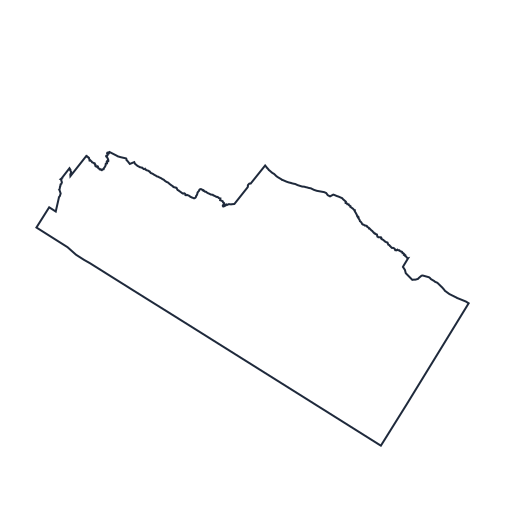 Goyder, South Australia, Australia, rotated 122°
{"feature_id": "25037944B76718204715141", "entity_name": "Goyder", "entity_type": "district", "adm_level": 2, "iso_a3": "AUS", "parent_name": "Australia", "parent_adm1": "South Australia", "projection": "albers", "projection_center": [138.943, -33.716], "detail": "fine", "context": "isolated", "style": "outline", "palette": "slate", "viewbox_px": 512, "rotation_deg": 122, "n_neighbors": 0, "source": "geoboundaries", "source_scale": "gbopen_adm2", "svg_char_len": 6053}
<svg xmlns="http://www.w3.org/2000/svg" viewBox="0 0 512 512"><g transform="rotate(122 256 256)"><path d="M243.6,415.1L243.3,416.6L242.8,416.9L242.4,417.3L242.1,417.9L244.0,423.4L244.7,426.0L244.8,426.3L244.7,426.9L245.4,434.9L245.4,435.4L245.7,435.6L247.0,435.1L247.3,435.2L247.4,435.4L246.9,436.3L246.9,436.6L247.1,436.8L247.5,436.8L247.8,436.7L247.9,436.1L249.0,435.3L249.6,435.3L249.9,435.8L250.3,436.1L250.9,435.9L251.1,435.5L251.1,434.9L251.8,433.5L252.7,432.3L253.6,431.6L253.9,431.5L254.0,431.7L254.0,432.5L255.0,432.6L255.4,432.1L256.4,431.4L256.5,431.5L256.8,432.1L257.2,432.3L257.8,432.2L258.4,431.7L259.2,431.5L260.5,431.4L262.3,431.5L262.8,431.3L263.2,431.2L263.4,431.4L263.6,431.8L263.8,432.0L264.5,432.1L264.9,432.2L264.9,432.3L265.0,432.6L264.7,433.2L264.7,433.6L264.8,433.8L265.3,434.0L265.4,434.5L264.9,435.1L265.1,436.1L264.8,436.7L264.8,437.5L264.6,437.6L264.2,437.4L263.9,437.5L264.0,438.4L264.4,438.7L264.7,438.9L264.9,439.3L264.9,439.7L264.2,440.5L263.7,440.6L263.7,441.1L263.6,441.4L263.2,441.5L262.9,441.8L262.9,442.2L263.1,442.6L263.3,444.3L263.4,444.7L263.0,445.3L262.9,446.1L262.6,447.2L263.2,447.5L263.3,447.7L262.3,448.6L261.3,449.7L261.5,450.1L261.1,450.8L261.2,451.4L261.3,451.6L261.4,451.8L261.2,452.2L260.8,452.7L260.9,452.9L286.6,455.7L285.2,456.7L283.4,457.0L282.7,457.3L281.7,459.1L281.2,459.1L280.4,460.7L292.3,461.9L292.4,461.7L294.4,462.4L294.3,461.5L295.1,461.2L296.3,459.7L297.9,459.3L298.8,459.7L299.3,459.5L300.1,459.0L300.5,459.1L301.2,458.9L301.3,458.8L303.9,457.8L304.1,457.9L304.2,457.6L306.5,454.8L309.2,454.1L310.6,454.3L310.9,454.1L324.4,449.4L324.3,457.2L348.2,457.3L348.4,420.5L350.3,409.3L350.4,399.6L350.1,392.8L350.2,341.2L350.2,285.6L350.5,125.6L350.7,49.6L302.5,49.6L183.4,50.6L183.4,54.0L184.9,62.5L185.1,63.1L185.0,63.5L185.8,71.8L185.4,77.4L184.9,78.5L184.1,81.1L182.6,88.0L183.0,90.6L182.8,91.6L182.9,95.4L182.4,97.1L182.4,98.2L184.2,104.3L185.0,105.2L188.4,106.3L189.6,106.5L191.7,108.4L192.3,109.5L193.4,110.8L191.2,119.9L188.9,122.3L187.4,125.6L186.0,125.7L177.3,125.8L177.5,126.0L177.6,126.5L176.9,128.5L177.0,129.3L176.3,129.7L176.6,130.8L176.0,130.8L175.8,131.5L175.9,131.8L175.6,132.3L175.6,133.1L175.9,133.3L175.1,134.3L175.1,134.9L175.4,135.2L175.5,136.8L175.2,137.4L175.6,137.9L175.7,138.6L175.7,139.4L176.1,139.4L176.7,139.8L176.7,140.3L177.3,140.9L177.2,141.2L176.4,142.2L176.4,142.5L176.3,143.0L176.5,144.2L177.1,144.9L177.0,145.8L176.5,147.3L176.6,147.6L176.1,148.7L176.3,149.8L175.8,150.5L175.3,151.0L174.9,151.7L175.2,152.3L175.3,153.4L175.4,153.9L175.2,154.4L175.3,154.7L174.9,156.5L175.0,157.1L174.9,157.7L175.1,158.1L174.9,159.1L174.2,159.3L173.9,160.0L175.3,162.2L175.1,162.9L175.2,163.4L173.7,164.8L174.0,166.0L173.8,166.3L173.8,167.1L174.1,167.2L174.1,167.7L173.8,168.4L173.7,168.6L173.8,168.8L173.1,170.8L173.2,171.4L172.5,174.3L172.8,174.8L172.3,175.3L172.3,177.3L171.8,178.0L172.0,178.4L172.0,179.1L172.5,179.7L172.4,181.5L172.7,181.9L172.6,183.0L171.8,184.2L171.4,185.6L171.4,186.3L170.5,187.3L169.3,189.9L168.7,189.7L168.4,190.3L168.7,191.0L168.6,191.3L168.1,191.9L167.5,192.5L167.0,193.6L166.4,194.5L166.2,195.0L165.7,196.0L164.8,196.4L165.0,197.2L164.5,198.8L164.3,202.1L163.7,202.3L163.6,203.6L163.7,204.0L163.2,204.7L163.4,204.9L163.3,205.4L163.7,206.0L163.2,206.9L163.6,208.1L163.2,208.4L162.3,208.6L161.7,212.5L161.3,213.5L161.9,217.6L162.3,219.1L162.7,221.8L163.0,223.0L166.2,224.8L166.4,227.4L165.4,229.8L165.7,232.0L168.5,239.0L169.2,241.9L169.4,243.8L169.5,245.2L170.5,247.8L170.6,248.5L171.4,250.7L171.5,251.4L172.1,252.7L172.5,253.3L172.8,254.2L173.9,258.5L173.9,259.0L174.0,259.4L174.1,260.6L174.3,261.3L174.8,262.5L175.1,263.5L175.3,263.9L175.5,265.2L175.8,265.6L175.8,266.1L176.1,266.6L176.4,267.8L176.8,269.5L177.4,273.6L177.7,274.2L177.5,274.7L177.6,279.7L177.4,281.6L177.1,282.7L176.8,284.3L176.9,286.2L176.3,290.1L176.3,290.7L175.9,291.5L175.6,292.7L175.4,293.0L175.4,293.7L175.1,294.1L174.4,296.2L197.4,298.9L197.8,299.7L198.3,300.1L200.1,300.4L200.5,300.3L200.9,299.9L201.6,299.7L202.0,299.5L223.3,301.9L224.4,303.2L224.7,303.8L225.1,304.1L225.7,305.0L226.4,306.5L227.9,307.5L227.9,308.4L228.5,308.8L228.9,308.4L229.5,308.6L229.8,309.0L230.6,309.3L231.4,310.0L231.2,310.6L231.0,310.8L229.8,310.9L228.6,310.7L228.4,310.8L228.2,310.9L227.9,311.5L228.0,312.0L228.0,312.3L227.2,313.3L227.5,315.2L227.4,315.6L227.6,316.0L226.1,316.7L226.2,316.9L226.6,318.4L226.3,318.9L226.3,320.0L226.7,320.4L226.9,321.6L226.8,321.8L227.1,323.6L227.0,324.0L227.2,324.4L227.0,325.1L227.6,326.4L227.8,326.7L228.0,329.1L228.2,330.0L228.2,331.6L228.0,332.2L228.2,332.5L228.2,332.9L228.5,333.4L228.3,334.1L228.5,334.7L228.1,335.1L228.0,335.5L228.3,336.1L228.5,336.2L228.3,336.7L228.3,337.4L228.4,338.0L228.5,338.3L229.1,338.7L229.3,339.0L230.0,339.1L230.6,338.9L231.2,338.9L232.1,339.1L232.5,339.1L233.2,339.2L234.3,338.7L235.4,338.6L235.9,338.4L236.3,338.4L236.8,338.6L238.0,338.2L238.7,338.3L239.5,338.7L239.7,339.0L239.9,339.1L240.0,339.3L240.2,340.9L240.4,341.3L240.4,342.0L240.4,342.3L240.6,342.8L240.6,343.3L240.4,343.7L240.4,344.9L240.6,346.0L240.7,346.4L240.7,346.7L241.6,347.6L241.7,348.2L240.9,348.8L240.8,349.8L241.0,350.1L241.0,350.3L241.7,350.8L241.8,351.1L241.8,352.1L241.6,354.5L241.6,355.6L241.4,356.4L241.6,357.3L241.3,358.1L240.5,359.1L240.4,359.3L240.4,360.2L240.7,360.4L240.8,361.1L240.8,361.4L241.0,361.6L241.3,362.6L241.1,363.1L240.9,363.4L240.9,364.6L240.9,365.5L240.8,365.8L240.7,367.5L240.5,368.4L240.3,369.9L240.6,371.0L240.5,373.4L240.2,374.5L240.2,375.1L240.4,375.8L240.4,376.2L240.3,377.6L240.6,379.9L240.6,381.1L240.9,381.8L241.0,382.1L241.0,383.0L240.9,383.5L241.1,385.2L241.0,386.7L241.1,387.4L241.1,388.0L241.4,389.0L241.2,389.5L241.2,390.2L240.8,390.6L240.7,390.9L240.7,391.2L240.9,391.6L240.8,392.0L240.8,392.8L241.2,394.0L241.3,394.9L241.1,395.2L241.1,395.9L240.9,396.3L241.2,396.4L241.5,396.7L241.8,397.4L241.6,398.1L241.6,398.7L241.5,398.9L241.4,399.4L241.7,399.8L241.9,400.8L242.3,401.8L242.2,402.9L242.4,404.1L241.9,407.5L241.6,408.0L240.9,409.0L244.8,411.8L243.6,415.1Z" fill="none" stroke="#1e293b" stroke-width="2"/></g></svg>